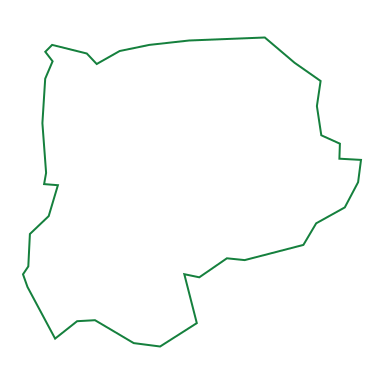 the district of Grundy, Tennessee, United States of America
{"feature_id": "52423323B63648176328273", "entity_name": "Grundy", "entity_type": "district", "adm_level": 2, "iso_a3": "USA", "parent_name": "United States of America", "parent_adm1": "Tennessee", "projection": "natural_earth1", "projection_center": [-85.737, 35.373], "detail": "fine", "context": "isolated", "style": "outline", "palette": "green", "viewbox_px": 384, "rotation_deg": 0, "n_neighbors": 0, "source": "geoboundaries", "source_scale": "gbopen_adm2", "svg_char_len": 588}
<svg xmlns="http://www.w3.org/2000/svg" viewBox="0 0 384 384"><path d="M23.0,274.3L27.5,287.0L55.1,338.6L77.1,321.2L95.0,320.2L133.7,343.1L160.1,346.5L196.8,323.1L184.3,274.2L199.3,277.3L226.9,258.3L244.7,260.1L303.4,244.9L316.2,223.3L344.8,207.4L358.1,182.2L361.0,159.9L339.4,158.7L339.9,143.7L321.3,135.3L316.9,106.1L320.6,81.0L294.6,62.8L264.8,37.5L189.1,40.5L149.3,44.9L119.7,51.0L96.7,64.0L86.8,53.5L52.1,44.9L45.3,51.8L52.6,61.3L45.2,78.7L42.4,123.2L46.1,172.9L44.1,184.1L57.9,185.2L48.7,216.1L29.9,234.0L28.3,266.4L23.0,274.3Z" fill="none" stroke="#15803d" stroke-width="2"/></svg>